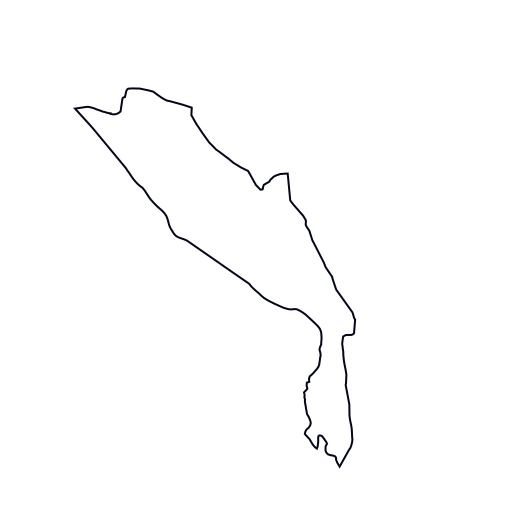 the district of Suwayr, Hajjah, Yemen, rotated 327°
{"feature_id": "15242507B55132122842526", "entity_name": "Suwayr", "entity_type": "district", "adm_level": 2, "iso_a3": "YEM", "parent_name": "Yemen", "parent_adm1": "Hajjah", "projection": "equal_earth", "projection_center": [43.606, 16.062], "detail": "fine", "context": "isolated", "style": "outline", "palette": "ink", "viewbox_px": 512, "rotation_deg": 327, "n_neighbors": 0, "source": "geoboundaries", "source_scale": "gbopen_adm2", "svg_char_len": 3671}
<svg xmlns="http://www.w3.org/2000/svg" viewBox="0 0 512 512"><g transform="rotate(327 256 256)"><path d="M200.1,431.7L200.1,432.6L200.6,435.6L201.2,438.8L201.0,442.1L200.9,445.2L201.3,448.2L201.4,448.7L202.2,450.6L202.6,450.2L202.9,450.0L203.8,449.5L206.7,446.1L208.0,444.1L209.2,442.2L210.3,441.1L211.2,441.0L211.8,441.2L212.5,441.9L213.3,443.1L213.5,445.3L213.6,449.2L213.6,451.0L213.1,452.3L212.2,452.7L211.3,453.1L210.4,454.0L209.4,455.3L208.9,456.2L208.4,457.0L208.0,458.6L208.0,460.1L208.4,461.6L209.4,462.9L210.4,464.0L211.8,465.2L213.2,467.1L213.3,468.0L213.2,468.9L212.5,469.9L212.0,471.3L211.6,473.7L211.4,478.2L228.3,469.3L230.7,468.3L232.8,466.7L234.8,464.9L236.8,462.6L238.1,460.1L240.1,456.7L242.2,453.0L243.8,449.4L245.1,445.9L246.6,442.5L248.0,439.9L249.6,437.4L251.3,434.7L253.5,431.2L260.9,413.1L262.3,411.6L267.2,404.7L268.5,401.8L269.8,398.7L271.0,395.6L272.2,392.8L273.7,389.7L275.3,386.6L277.0,383.9L278.3,381.0L279.4,378.9L280.3,376.8L282.9,373.6L285.3,371.0L288.3,371.2L290.6,372.6L292.7,374.0L294.5,374.5L296.2,374.1L304.6,363.2L304.4,361.9L306.2,355.9L305.0,329.0L304.9,328.4L305.5,325.6L308.1,315.7L308.5,315.3L308.3,303.3L309.3,298.5L311.9,273.2L314.5,263.8L314.4,260.1L314.4,258.9L314.7,256.9L316.3,254.7L317.2,253.3L317.2,253.2L317.5,248.0L317.3,246.9L315.3,232.7L315.0,228.0L327.5,204.1L321.1,200.5L316.8,199.4L314.1,199.1L309.2,200.0L307.6,200.9L301.4,200.6L300.2,201.4L297.9,203.7L295.9,202.9L294.6,196.5L295.7,180.5L291.7,173.7L287.9,165.8L286.0,159.7L283.8,153.6L280.5,144.8L278.6,135.3L278.5,133.8L278.0,123.7L278.0,122.5L278.0,119.5L277.9,112.4L278.5,102.7L282.9,96.6L276.7,88.9L272.6,84.3L270.0,81.4L268.5,79.7L265.9,77.1L264.1,74.0L262.8,71.2L261.5,68.0L260.2,64.7L259.5,62.4L255.7,58.2L249.6,52.2L243.4,48.0L242.7,47.6L241.8,47.1L241.0,46.7L240.4,46.3L239.6,46.0L238.8,46.2L238.1,46.4L237.6,46.7L236.9,47.1L236.3,47.8L235.4,48.6L234.7,49.3L234.2,49.9L233.6,50.4L233.0,51.0L232.7,51.3L230.7,50.8L229.6,51.4L221.2,60.9L220.8,61.1L220.0,61.1L219.3,61.2L218.7,61.2L218.0,61.2L217.1,61.0L216.3,60.9L215.5,60.6L214.8,60.2L213.9,59.8L213.0,59.1L212.2,58.4L211.5,57.8L211.9,57.4L209.6,55.3L207.4,52.7L206.0,51.3L204.4,49.0L202.6,46.8L200.8,44.2L198.8,41.8L197.2,40.2L196.6,39.6L195.4,38.8L184.5,33.8L188.6,59.0L194.7,111.2L194.7,114.4L194.9,118.0L194.9,121.2L195.0,124.4L195.4,127.9L196.0,131.1L196.8,134.1L197.9,136.8L198.3,140.2L198.3,143.3L198.3,147.0L198.4,150.8L198.9,154.1L199.5,157.5L200.2,160.7L200.4,161.3L201.1,164.0L202.0,167.1L202.5,170.2L202.6,173.6L201.9,176.9L201.0,179.8L200.0,182.7L199.4,186.2L199.4,189.4L199.3,192.7L199.6,194.2L199.7,195.0L199.9,195.8L201.3,198.4L203.0,200.6L204.8,202.9L206.4,205.3L227.5,257.0L233.1,270.6L235.1,275.4L235.5,279.0L235.7,280.2L236.2,282.3L237.0,285.3L238.0,288.5L238.8,292.0L239.8,295.4L241.1,298.2L242.5,301.0L243.8,303.2L244.1,303.7L245.7,306.4L247.5,309.2L249.1,311.7L250.7,314.1L252.5,316.3L254.4,318.4L256.6,320.1L259.1,321.3L261.2,322.9L262.7,325.4L264.2,328.3L265.5,331.6L266.4,334.8L267.2,337.9L268.1,341.6L269.0,345.3L269.7,348.7L269.8,350.3L269.9,352.0L269.2,355.3L267.8,357.9L266.2,360.7L264.1,363.4L262.4,365.8L260.2,367.2L258.3,369.0L257.3,372.1L256.0,374.7L255.2,375.4L253.9,376.8L252.1,379.0L250.3,381.0L250.1,381.3L247.9,383.0L245.1,384.1L242.7,384.7L240.4,385.4L238.0,385.9L235.5,386.2L233.5,387.9L232.1,390.6L230.2,390.0L229.7,389.9L227.9,392.2L226.8,395.3L224.4,396.0L222.6,396.4L222.0,396.5L220.9,399.4L220.8,399.6L219.8,400.5L219.7,400.6L219.0,403.0L217.7,404.7L212.7,416.4L212.6,419.5L212.1,422.8L211.8,423.7L211.5,424.5L211.1,425.7L210.2,426.6L209.2,427.6L206.3,428.8L203.9,429.0L201.7,430.2L200.1,431.7Z" fill="none" stroke="#020617" stroke-width="2"/></g></svg>